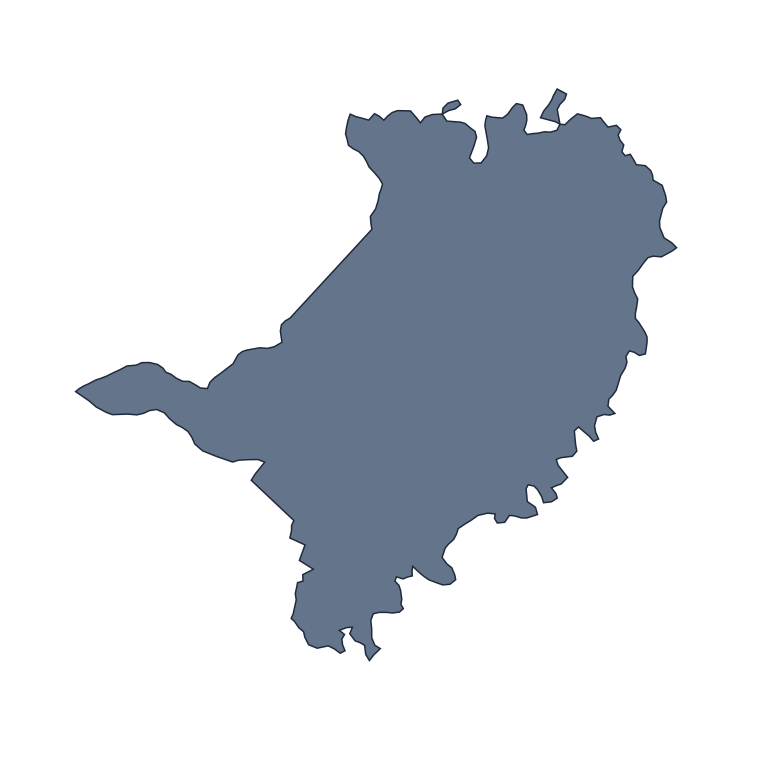 Cornélio Procópio, Paraná, Brazil, rotated 263°
{"feature_id": "56859067B97278416412710", "entity_name": "Cornélio Procópio", "entity_type": "district", "adm_level": 2, "iso_a3": "BRA", "parent_name": "Brazil", "parent_adm1": "Paraná", "projection": "mercator", "projection_center": [-50.624, -23.195], "detail": "fine", "context": "isolated", "style": "filled", "palette": "slate", "viewbox_px": 768, "rotation_deg": 263, "n_neighbors": 0, "source": "geoboundaries", "source_scale": "gbopen_adm2", "svg_char_len": 4282}
<svg xmlns="http://www.w3.org/2000/svg" viewBox="0 0 768 768"><g transform="rotate(263 384 384)"><path d="M656.0,383.3L650.0,380.4L642.4,377.8L636.8,376.3L631.6,377.2L625.3,377.8L620.8,382.6L617.9,387.1L612.4,391.5L606.0,394.1L601.3,395.6L594.5,400.5L588.4,404.5L582.7,406.9L577.6,404.8L573.5,402.6L566.6,400.5L558.8,397.0L552.0,390.9L545.1,390.6L539.0,390.8L460.9,298.8L458.7,293.8L455.3,289.4L449.2,287.6L437.9,287.8L434.4,279.8L433.6,272.8L435.1,264.9L434.7,257.9L434.4,252.0L433.4,247.2L430.7,242.7L426.7,239.7L422.6,236.8L418.9,230.6L414.0,222.3L411.0,216.7L406.9,211.4L401.0,208.2L402.4,201.3L405.4,197.7L410.3,191.1L411.2,184.6L415.1,178.5L419.6,173.8L422.3,168.9L426.7,166.5L431.0,161.7L433.9,153.9L434.7,146.2L432.9,140.5L433.2,131.0L430.4,123.8L428.0,116.2L425.6,109.6L424.3,104.4L423.1,98.4L420.1,90.6L418.7,86.0L416.7,81.2L414.0,77.0L403.4,89.0L396.3,95.5L389.6,105.0L386.7,110.6L385.4,125.7L383.5,134.9L384.2,141.7L386.2,148.0L386.4,155.2L382.2,162.5L375.6,167.0L369.0,173.1L365.3,178.6L360.8,183.6L355.0,186.6L347.3,189.0L339.7,195.9L332.3,209.3L325.0,224.3L326.1,230.3L325.5,239.4L324.4,249.6L321.0,256.1L310.2,245.0L304.6,240.5L259.5,277.9L254.8,275.0L249.5,274.3L242.6,271.8L233.9,286.0L219.2,278.5L208.8,291.3L206.9,286.3L204.7,280.1L198.3,279.6L197.3,274.0L192.2,272.3L186.8,270.4L180.4,270.6L166.6,265.7L162.6,263.3L159.2,266.3L152.5,269.7L147.9,274.0L142.5,274.5L134.4,277.4L129.9,285.5L130.9,296.7L127.0,302.6L122.1,307.7L124.0,312.8L130.2,311.1L136.0,311.1L140.2,314.3L144.9,309.7L146.8,317.2L146.4,323.0L140.3,319.6L132.6,324.0L130.3,328.5L127.0,332.9L117.9,332.9L111.3,335.8L116.4,340.9L121.8,348.1L125.9,343.0L133.6,340.9L142.2,341.9L151.0,342.1L157.3,345.4L157.9,351.5L157.0,358.8L155.7,364.4L155.7,371.5L158.7,375.8L163.1,374.0L168.3,375.4L177.1,375.3L182.3,374.3L187.0,370.8L191.1,372.9L188.2,379.1L189.5,383.8L190.1,388.7L195.0,389.0L199.5,390.3L191.7,396.8L187.9,400.5L184.3,404.5L180.3,412.0L177.4,417.9L177.2,425.1L181.0,431.3L185.7,431.0L193.3,428.9L197.8,424.5L204.7,420.5L213.8,424.8L217.3,428.6L221.2,434.2L225.8,437.4L231.4,440.0L235.0,447.0L238.3,454.2L242.1,461.2L243.2,470.9L241.5,478.6L237.1,477.3L232.2,479.5L232.0,487.0L238.3,492.5L237.1,497.7L234.4,503.8L233.6,509.2L235.7,520.5L243.2,519.3L249.9,511.9L262.7,512.3L266.4,514.8L264.4,520.5L260.3,523.6L252.9,526.8L246.7,527.9L246.7,536.0L249.7,542.1L254.5,541.2L260.6,537.5L262.0,542.2L263.2,547.7L268.9,554.9L275.0,551.2L282.1,546.9L288.1,545.8L289.3,550.6L289.3,562.2L293.9,567.2L300.8,566.8L314.3,567.2L317.6,571.8L307.1,581.4L301.6,585.1L303.3,590.3L310.2,588.2L317.0,587.9L325.5,591.4L326.9,598.8L325.6,604.2L326.6,609.6L334.6,603.6L341.6,605.3L344.4,609.0L349.3,613.6L355.0,616.2L363.3,619.8L370.4,625.3L376.0,627.8L381.8,627.5L386.9,631.6L385.0,636.3L381.2,640.9L382.0,647.1L388.4,648.9L394.1,650.3L398.8,650.8L403.9,649.2L414.2,644.3L418.4,641.5L423.1,642.0L428.8,643.9L437.4,646.2L444.2,643.8L450.1,642.5L456.0,643.3L460.7,644.1L465.5,649.9L472.3,656.2L477.2,661.3L478.1,666.6L476.4,674.9L480.9,686.2L483.6,691.0L488.9,687.0L494.9,679.8L505.9,676.8L512.3,677.4L524.4,682.1L530.2,686.7L536.5,686.5L547.3,684.3L553.6,675.9L558.6,676.0L563.3,674.7L568.9,669.9L570.9,661.2L576.2,659.1L582.0,656.4L581.2,651.1L585.6,648.4L592.0,651.1L597.4,647.9L602.6,646.8L607.5,650.1L612.4,646.2L611.7,637.6L617.0,634.2L622.0,631.3L622.3,622.4L625.2,617.1L628.6,609.0L623.9,601.2L619.3,595.2L620.5,590.3L614.8,586.6L613.7,579.8L614.8,573.7L614.2,568.0L614.4,562.7L614.2,556.6L618.8,553.8L623.9,556.3L628.4,557.9L634.0,558.4L644.0,555.7L646.2,549.6L643.1,545.5L636.5,539.4L633.5,534.0L635.7,523.6L637.7,518.8L633.1,516.9L628.0,515.6L613.6,516.4L605.7,516.6L597.9,513.7L591.6,507.3L592.3,500.0L598.0,496.4L609.7,502.5L617.8,506.0L623.6,505.1L628.0,500.6L632.6,496.4L634.6,491.8L637.3,478.4L644.8,474.7L645.6,465.0L644.0,457.3L638.8,451.9L643.4,449.2L651.8,443.6L653.7,430.8L652.5,425.3L649.5,420.3L645.9,416.0L650.3,412.0L653.5,407.5L647.8,401.0L650.6,394.3L652.8,388.7L656.0,383.3ZM620.5,590.3L635.4,589.4L640.2,592.8L644.4,598.0L649.5,600.5L655.7,591.8L649.6,587.3L645.6,585.1L641.5,581.9L635.5,575.8L629.2,571.8L623.5,586.0L620.5,590.3ZM644.8,474.7L647.6,481.9L648.4,488.3L652.0,494.2L656.7,491.8L655.0,481.7L650.6,476.2L644.8,474.7Z" fill="#64748b" stroke="#1e293b" stroke-width="1.5"/></g></svg>